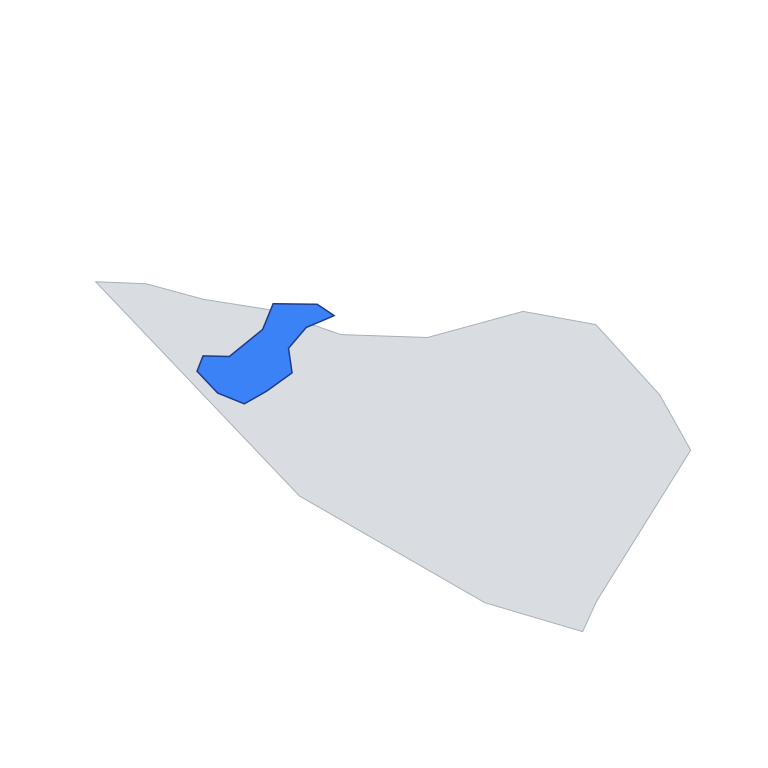 Liechtenstein, with Eschen highlighted, rotated 297°
{"feature_id": "LIE-4902", "entity_name": "Eschen", "entity_type": "state/province", "adm_level": 1, "iso_a3": "LIE", "parent_name": "Liechtenstein", "parent_adm1": "", "projection": "robinson", "projection_center": [9.535, 47.208], "detail": "fine", "context": "in_parent", "style": "filled", "palette": "blue", "viewbox_px": 768, "rotation_deg": 297, "n_neighbors": 0, "source": "natural_earth", "source_scale": "10m", "svg_char_len": 580}
<svg xmlns="http://www.w3.org/2000/svg" viewBox="0 0 768 768"><g transform="rotate(297 384 384)"><path d="M464.3,687.3L286.9,672.0L253.5,673.4L234.9,573.2L245.8,359.6L344.2,80.7L365.3,126.5L377.5,184.8L397.8,247.0L408.4,323.1L445.1,401.5L511.8,474.9L533.1,545.8L499.4,634.8L464.3,687.3Z" fill="#d9dde1" stroke="#a8b0b8" stroke-width="1"/><path d="M405.2,248.8L424.7,288.3L422.3,308.5L399.0,289.0L372.5,282.7L352.2,297.0L324.4,282.7L302.9,268.5L300.4,240.0L310.5,211.6L326.9,210.0L338.3,233.7L377.5,251.1L405.2,248.8Z" fill="#3b82f6" stroke="#1e3a8a" stroke-width="1.5"/></g></svg>